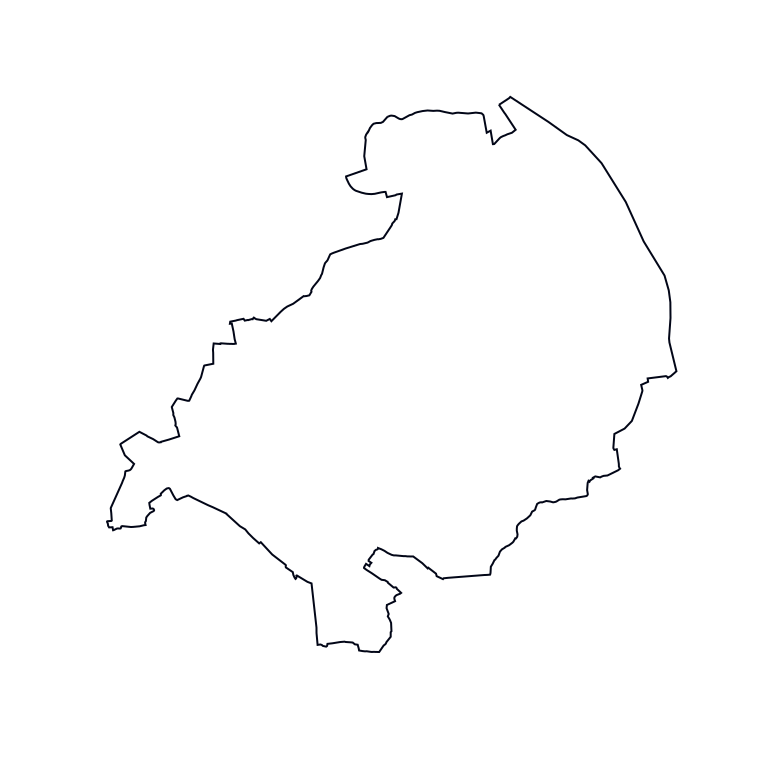 outline of Aliman, Constanta, Romania, rotated 80°
{"feature_id": "2599482B71126522138451", "entity_name": "Aliman", "entity_type": "district", "adm_level": 2, "iso_a3": "ROU", "parent_name": "Romania", "parent_adm1": "Constanta", "projection": "albers", "projection_center": [27.854, 44.172], "detail": "fine", "context": "isolated", "style": "outline", "palette": "ink", "viewbox_px": 768, "rotation_deg": 80, "n_neighbors": 0, "source": "geoboundaries", "source_scale": "gbopen_adm2", "svg_char_len": 6158}
<svg xmlns="http://www.w3.org/2000/svg" viewBox="0 0 768 768"><g transform="rotate(80 384 384)"><path d="M123.2,209.8L124.2,211.1L129.0,222.2L128.9,222.3L137.8,218.4L139.1,217.7L156.5,210.2L158.8,214.4L159.5,219.2L160.1,221.3L160.5,223.5L161.2,226.0L161.9,227.3L166.4,233.2L166.8,233.8L166.8,234.3L166.7,235.1L153.0,235.0L154.4,239.2L137.4,239.3L136.2,239.5L134.4,240.9L133.9,242.4L132.7,246.4L132.2,254.2L129.7,263.8L129.5,265.6L129.6,269.5L126.8,276.7L124.6,281.8L124.0,284.4L123.6,288.0L122.2,293.6L121.9,298.6L122.1,304.1L122.4,306.4L123.5,309.6L123.7,312.2L126.0,318.9L126.3,319.8L126.3,320.6L125.9,322.1L125.1,323.4L122.0,327.0L121.0,329.9L120.9,331.3L121.5,334.2L121.4,334.1L125.7,339.5L126.3,341.8L125.7,346.4L125.9,349.1L127.1,350.9L129.5,353.4L131.9,355.0L133.4,356.2L134.0,356.9L133.8,356.9L135.3,358.3L137.6,359.6L138.6,359.7L140.5,359.6L156.2,363.9L169.5,363.9L173.0,385.3L174.4,385.4L175.9,385.1L180.6,383.8L183.5,382.6L186.3,380.8L187.9,379.3L188.9,378.0L191.7,372.8L193.4,368.9L194.1,366.5L194.8,363.5L195.1,360.1L194.8,353.5L194.9,350.5L195.1,349.1L200.5,348.6L200.1,339.8L199.6,338.8L199.6,333.3L217.9,340.0L223.9,343.1L223.7,344.3L224.4,344.6L225.4,345.3L227.4,348.0L228.6,348.5L229.6,349.3L240.0,359.2L240.5,362.0L240.5,364.4L240.3,365.2L240.4,368.4L240.7,371.2L240.9,372.6L241.9,375.6L242.2,380.7L242.0,383.3L242.2,384.9L243.9,398.2L246.0,410.6L246.5,412.9L247.0,414.5L251.7,417.7L252.5,418.3L254.5,420.8L255.1,421.3L258.6,423.2L264.7,425.9L266.0,427.0L268.5,428.5L270.9,430.9L275.7,436.5L277.7,438.4L279.2,439.4L279.9,439.5L280.6,439.4L283.7,442.1L283.9,445.1L283.7,447.6L283.5,447.9L289.2,459.5L290.9,465.8L292.6,469.5L295.0,473.3L302.6,484.0L300.1,485.2L301.3,489.0L298.0,498.5L297.1,499.7L296.3,500.2L296.0,500.8L297.4,502.1L297.1,502.7L297.5,506.7L297.3,507.2L297.4,510.1L295.4,511.0L295.6,517.5L295.8,519.1L295.9,524.6L297.9,525.3L298.1,523.4L306.1,523.1L313.9,523.3L318.5,522.9L318.5,524.8L318.1,526.8L317.3,530.8L315.7,537.1L315.6,538.0L316.2,538.2L314.5,544.7L320.6,546.5L323.6,546.8L334.4,548.6L334.6,557.7L335.0,558.1L345.3,562.9L346.8,563.9L351.4,567.6L357.4,571.8L361.2,575.1L362.6,575.9L366.6,578.7L366.7,579.0L366.4,580.4L362.5,589.3L362.4,590.0L364.2,591.9L369.8,597.0L376.0,596.5L378.0,596.9L380.5,596.2L385.0,595.9L387.4,596.1L388.4,596.7L388.7,596.7L390.9,595.4L399.9,594.7L401.4,605.6L402.2,613.6L402.6,613.8L402.5,615.7L402.1,616.7L398.2,620.9L394.4,626.2L393.6,626.7L388.6,633.2L397.0,653.1L397.4,653.9L397.8,654.2L409.2,651.6L419.3,644.0L423.4,647.4L424.1,648.2L424.7,649.3L424.9,650.8L424.9,653.1L425.2,653.9L429.1,655.1L431.1,656.1L434.1,658.1L436.0,659.2L458.5,674.5L459.1,674.7L463.8,675.0L471.2,675.8L471.5,676.2L471.4,677.6L471.1,680.0L471.2,680.5L471.6,680.7L473.6,680.2L475.7,680.3L477.5,679.6L477.9,676.2L481.0,676.2L481.0,675.7L480.0,672.2L480.0,671.4L480.5,669.1L480.5,668.5L479.6,667.8L478.9,667.6L478.6,667.3L478.5,666.4L480.9,658.0L481.2,655.6L481.7,649.3L481.4,645.1L481.5,643.3L479.3,643.4L478.5,643.1L477.6,642.3L474.2,641.3L472.9,640.0L470.3,636.7L469.2,633.1L468.7,632.4L468.1,632.3L466.9,632.7L466.4,633.6L466.2,635.8L462.3,635.9L460.3,635.8L458.7,632.8L455.9,626.1L454.9,623.2L454.7,623.0L453.3,622.9L450.5,618.8L449.2,616.1L449.1,614.3L449.4,613.6L450.1,613.0L457.1,610.8L461.3,609.2L462.4,607.8L460.7,601.6L460.1,597.6L459.9,597.5L459.8,596.1L461.4,593.8L463.2,591.6L472.8,578.3L475.6,574.0L484.2,561.8L484.4,561.9L499.0,550.6L503.1,545.9L507.6,543.4L513.0,539.6L519.3,534.6L518.4,532.8L532.5,523.7L545.0,512.3L545.5,512.1L546.6,512.5L547.6,512.5L553.4,506.5L556.4,506.4L559.1,505.7L560.6,505.0L560.2,504.3L558.4,503.4L557.5,503.5L557.4,503.1L565.6,493.7L567.8,490.0L612.2,492.8L617.5,493.7L629.4,494.7L629.5,491.8L630.2,490.6L631.3,489.7L632.6,486.6L632.3,485.9L632.0,485.5L630.1,484.8L630.4,479.8L630.5,472.0L630.9,467.6L631.4,466.6L631.7,465.4L632.8,461.0L633.2,459.7L635.3,457.9L636.2,455.2L640.2,454.8L642.1,454.8L643.3,451.5L644.0,449.1L644.2,447.4L645.7,442.9L646.0,440.7L647.1,435.3L641.5,429.8L640.5,427.9L640.0,427.3L638.6,426.4L634.1,421.3L629.6,420.5L628.8,419.6L620.5,418.5L616.9,419.3L613.5,420.6L611.3,419.3L605.2,420.4L602.1,419.5L599.8,410.8L597.6,411.1L596.5,411.0L595.6,410.5L594.9,409.7L594.1,408.4L593.3,404.5L592.7,403.4L588.0,406.9L586.9,407.1L586.4,407.5L586.2,408.0L586.2,409.7L586.0,410.0L580.5,414.6L579.4,414.8L579.2,415.2L577.4,417.2L576.4,420.4L574.8,422.2L568.2,428.9L564.1,433.4L561.8,435.6L561.4,435.6L560.4,435.0L558.0,432.9L560.8,430.0L559.3,429.3L557.9,427.5L555.6,429.9L554.4,429.6L550.0,424.8L549.7,423.9L546.8,422.3L545.9,420.7L545.7,419.2L545.2,418.4L544.5,418.3L546.3,415.3L548.4,412.5L550.9,409.9L553.6,406.1L554.5,404.1L554.8,402.3L556.9,394.7L557.2,392.9L557.9,390.7L558.9,385.2L567.1,377.4L573.2,373.0L572.6,372.3L579.8,365.7L582.4,365.5L586.4,359.8L585.7,359.0L586.0,354.5L589.5,318.7L589.9,315.7L590.2,312.7L589.4,312.2L588.1,311.8L582.5,310.5L579.9,308.2L576.6,305.8L576.3,305.0L574.8,303.5L573.0,301.1L569.2,298.9L567.3,296.5L566.2,293.6L565.5,292.7L564.5,288.8L562.6,285.1L561.8,284.0L558.8,281.5L559.1,281.0L558.3,280.0L557.5,279.3L555.3,278.6L551.5,278.7L549.4,278.3L547.3,277.7L546.6,277.2L545.2,275.6L543.2,272.5L542.8,270.3L541.2,266.6L538.7,262.7L535.4,260.3L534.5,257.7L534.0,257.0L531.7,255.8L528.7,254.0L528.0,252.3L527.7,250.9L527.8,249.5L528.1,249.0L527.4,244.5L528.6,240.7L529.9,238.0L529.9,236.1L529.7,234.7L528.4,231.5L528.3,230.5L528.5,228.1L529.1,225.3L529.2,219.7L529.5,218.4L529.8,215.8L529.4,213.3L529.5,204.4L529.3,203.6L528.6,202.8L527.9,202.4L523.7,202.4L516.8,200.6L514.9,199.4L515.9,198.6L515.0,197.9L514.7,197.5L513.3,194.2L512.6,194.5L511.7,192.0L513.5,187.3L513.0,185.9L512.6,183.7L512.9,179.8L509.6,168.4L508.4,166.2L507.6,166.6L506.0,167.0L503.5,166.6L488.7,166.1L488.9,168.6L487.4,169.2L486.6,169.2L473.2,165.8L469.7,154.8L463.4,146.3L447.5,136.8L436.1,130.9L435.1,130.6L429.5,130.9L427.7,123.5L424.3,123.4L425.2,105.1L425.5,104.4L426.3,103.8L427.3,103.4L426.6,102.2L426.2,100.4L422.2,93.8L392.7,95.7L388.7,95.4L368.8,90.4L353.2,87.8L341.3,87.3L325.9,88.9L288.7,103.5L246.7,114.3L204.3,131.4L183.9,144.4L177.8,150.3L170.6,160.7L154.5,176.5L123.2,209.8Z" fill="none" stroke="#020617" stroke-width="2"/></g></svg>